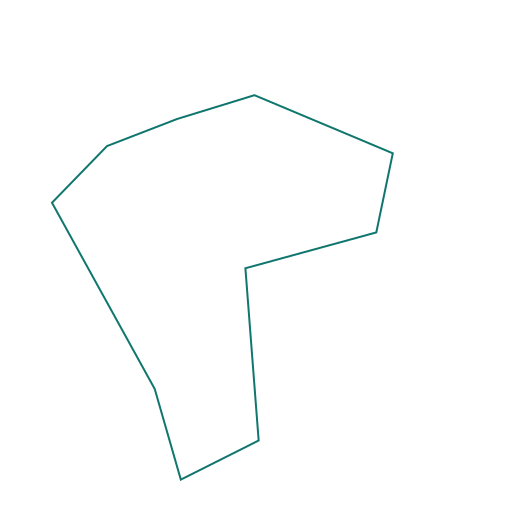 SVG path tracing the border of Glacis, rotated 333°
{"feature_id": "SYC-5209", "entity_name": "Glacis", "entity_type": "state/province", "adm_level": 1, "iso_a3": "SYC", "parent_name": "Seychelles", "parent_adm1": "", "projection": "natural_earth1", "projection_center": [55.444, -4.574], "detail": "fine", "context": "isolated", "style": "outline", "palette": "teal", "viewbox_px": 512, "rotation_deg": 333, "n_neighbors": 0, "source": "natural_earth", "source_scale": "10m", "svg_char_len": 293}
<svg xmlns="http://www.w3.org/2000/svg" viewBox="0 0 512 512"><g transform="rotate(333 256 256)"><path d="M87.5,421.1L105.4,328.5L98.4,115.9L173.2,90.4L248.0,98.1L327.6,112.0L424.5,226.6L373.9,289.6L241.0,262.1L174.6,421.6L87.5,421.1Z" fill="none" stroke="#0f766e" stroke-width="2"/></g></svg>